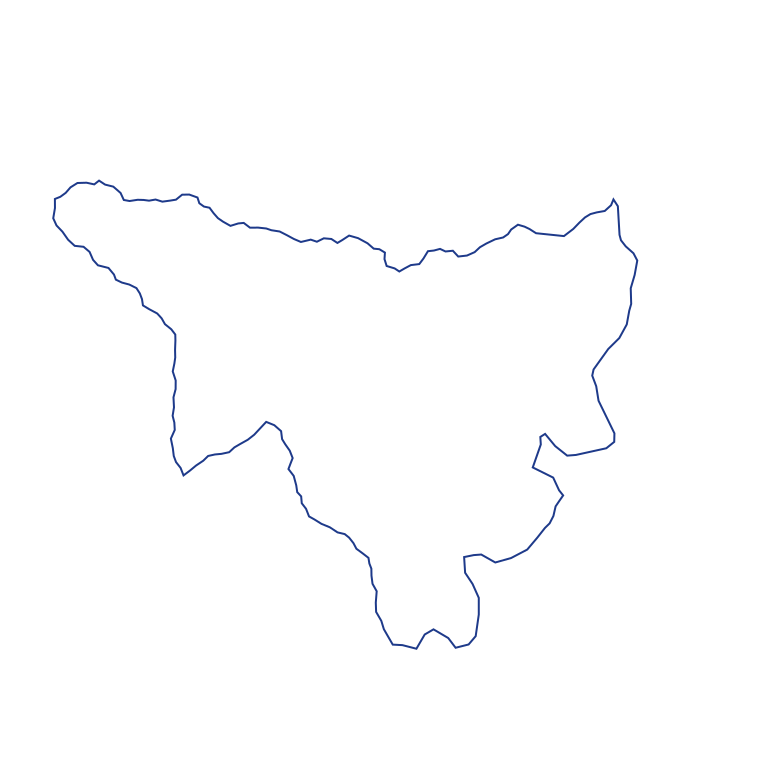 São Sebastião do Umbuzeiro, Paraíba, Brazil (orthographic projection), rotated 255°
{"feature_id": "56859067B31063935588201", "entity_name": "São Sebastião do Umbuzeiro", "entity_type": "district", "adm_level": 2, "iso_a3": "BRA", "parent_name": "Brazil", "parent_adm1": "Paraíba", "projection": "orthographic", "projection_center": [-36.999, -8.158], "detail": "fine", "context": "isolated", "style": "outline", "palette": "blue", "viewbox_px": 768, "rotation_deg": 255, "n_neighbors": 0, "source": "geoboundaries", "source_scale": "gbopen_adm2", "svg_char_len": 2962}
<svg xmlns="http://www.w3.org/2000/svg" viewBox="0 0 768 768"><g transform="rotate(255 384 384)"><path d="M554.2,152.0L549.8,157.1L546.0,163.7L540.7,169.7L534.7,171.6L528.6,172.2L522.3,171.5L517.2,176.4L510.8,183.2L505.0,186.2L498.5,187.9L491.9,192.7L485.8,195.2L480.1,193.8L471.0,191.0L463.6,189.2L458.0,186.8L450.8,183.2L441.3,183.7L433.0,181.4L425.6,177.2L415.8,175.1L408.0,171.6L401.0,171.5L393.8,170.0L386.4,164.0L376.6,163.4L368.9,162.3L362.4,162.9L355.6,165.8L347.6,166.7L350.6,174.2L353.9,181.4L356.7,189.6L360.0,195.5L359.7,202.4L358.6,208.9L358.2,216.8L361.5,223.1L363.3,229.7L365.4,238.0L368.6,245.5L373.6,253.5L377.9,260.4L372.6,267.4L365.1,272.4L357.1,271.3L351.4,273.0L344.0,275.7L336.1,276.6L331.2,273.0L326.6,269.7L318.6,273.0L308.8,273.0L302.0,272.2L296.9,274.9L290.1,273.7L283.6,276.4L275.5,277.3L271.1,281.8L265.1,287.4L259.6,294.6L252.7,300.7L249.2,307.2L244.7,310.5L238.2,313.3L232.0,314.7L226.0,319.5L220.1,324.0L214.4,323.4L208.9,324.0L202.1,322.3L194.0,321.2L185.7,323.3L175.0,319.5L165.9,317.4L155.9,320.1L147.2,320.4L130.0,325.0L127.0,334.2L119.9,346.8L131.5,358.5L134.2,368.3L122.0,380.3L110.7,384.9L110.5,398.3L116.7,407.3L136.8,415.9L152.9,420.2L167.9,417.8L180.7,413.5L196.1,416.6L195.5,426.4L194.1,433.8L182.8,445.3L183.0,461.7L187.0,479.5L195.9,492.3L203.3,502.2L206.5,507.9L212.7,513.5L221.4,518.1L225.8,523.2L230.0,528.2L236.0,525.6L249.8,523.2L264.9,506.1L285.0,519.8L292.4,521.3L294.1,526.7L279.7,533.3L267.4,542.4L265.8,551.0L264.4,582.1L268.5,591.4L276.7,593.8L312.3,586.9L326.9,588.4L338.2,587.3L343.8,590.2L359.8,609.7L367.5,623.2L378.7,633.9L391.4,639.9L397.4,643.5L412.6,647.1L424.4,654.3L437.7,660.6L445.7,658.8L454.4,653.1L461.5,650.1L467.1,650.1L495.2,655.9L502.9,653.4L497.9,649.6L494.0,642.0L494.7,633.9L494.7,627.4L492.9,621.3L489.3,614.5L484.8,607.0L480.3,596.1L490.3,569.9L496.0,564.7L499.6,560.5L503.2,554.6L500.3,546.8L496.7,542.6L494.7,537.0L495.0,528.8L493.2,519.2L491.3,512.1L487.9,505.7L486.6,497.4L487.9,488.7L494.9,485.0L496.1,477.7L500.0,473.1L500.0,466.8L500.9,460.8L495.0,454.6L490.7,449.1L491.9,440.7L490.3,433.8L488.7,427.9L492.9,424.2L497.3,417.1L504.5,416.8L510.7,418.9L515.4,414.4L517.4,409.1L524.2,404.5L531.6,396.7L536.4,388.7L533.8,380.8L532.3,375.5L537.7,370.7L540.3,363.6L538.8,356.0L542.4,350.6L542.7,340.5L547.4,334.5L552.8,328.8L558.3,322.7L561.7,315.0L564.7,310.5L567.6,303.0L569.7,295.0L575.9,290.2L576.8,284.8L576.5,276.6L582.5,270.5L587.2,266.5L593.1,263.6L599.4,261.1L602.0,256.0L606.4,252.4L612.4,252.1L617.4,244.9L619.1,238.0L615.9,230.8L616.5,224.8L617.5,217.1L621.3,211.1L621.9,204.5L624.0,199.4L625.7,193.7L626.6,185.6L629.1,180.3L636.7,179.0L644.7,173.6L648.8,166.2L654.2,161.4L651.8,155.8L655.4,148.8L657.5,139.9L655.1,132.1L651.0,126.0L648.6,119.8L647.9,114.0L639.1,111.7L629.7,107.4L621.9,108.7L614.4,112.8L605.1,116.2L597.5,121.0L594.3,129.3L587.8,133.8L579.2,135.1L572.7,138.4L567.4,147.9L559.6,151.5L554.2,152.0Z" fill="none" stroke="#1e3a8a" stroke-width="2"/></g></svg>